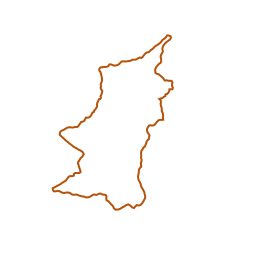 the district of Berilo, Minas Gerais, Brazil, rotated 222°
{"feature_id": "56859067B66859765572225", "entity_name": "Berilo", "entity_type": "district", "adm_level": 2, "iso_a3": "BRA", "parent_name": "Brazil", "parent_adm1": "Minas Gerais", "projection": "albers", "projection_center": [-42.489, -16.882], "detail": "fine", "context": "isolated", "style": "outline", "palette": "amber", "viewbox_px": 256, "rotation_deg": 222, "n_neighbors": 0, "source": "geoboundaries", "source_scale": "gbopen_adm2", "svg_char_len": 3940}
<svg xmlns="http://www.w3.org/2000/svg" viewBox="0 0 256 256"><g transform="rotate(222 128 128)"><path d="M143.7,32.9L142.4,31.8L140.8,31.3L139.3,32.6L138.2,34.2L136.4,35.3L134.7,35.6L133.2,36.1L131.9,37.1L131.1,38.1L130.3,39.2L128.6,40.5L127.1,41.0L125.3,41.1L123.5,42.1L122.4,43.5L121.0,44.5L119.4,44.9L117.9,45.7L116.3,46.5L114.8,47.6L112.6,48.4L110.9,50.3L110.0,52.2L109.6,53.7L109.3,55.1L108.4,56.2L107.0,56.8L105.9,58.7L105.1,60.5L103.9,61.2L102.5,61.3L101.3,62.4L99.7,63.3L98.1,62.7L97.0,61.1L96.0,60.1L94.6,60.1L93.4,60.5L91.8,60.3L89.7,60.0L87.7,60.0L86.4,59.7L84.8,58.9L82.5,59.1L80.8,60.8L79.9,62.3L79.5,63.8L79.0,65.4L78.3,67.2L77.8,69.3L76.7,71.4L74.8,71.9L73.4,71.8L71.6,71.8L70.0,72.6L70.1,74.6L70.0,76.5L68.5,77.3L67.5,78.4L67.1,80.1L67.2,82.4L67.5,83.8L67.9,85.5L68.4,87.3L69.6,88.9L71.5,90.1L73.0,91.3L74.6,91.8L75.9,92.4L77.3,92.7L78.9,93.3L80.2,94.1L81.4,95.0L82.9,95.6L84.9,96.3L86.6,97.3L88.2,98.8L89.4,100.8L90.3,102.2L91.2,103.3L92.2,104.8L92.4,106.7L92.3,108.2L93.6,109.3L95.1,110.7L95.7,112.4L97.2,113.9L98.7,114.9L99.8,116.6L101.2,117.6L102.0,118.7L102.8,120.2L102.9,121.9L103.5,123.8L103.0,125.7L103.8,127.4L104.3,128.8L105.1,130.5L105.4,132.1L105.1,133.7L106.2,135.3L107.1,136.9L108.6,137.4L110.5,137.8L112.2,138.8L113.4,140.4L113.7,142.1L114.0,143.6L113.3,145.0L111.7,145.9L110.6,147.4L110.4,149.7L110.6,152.3L110.5,154.2L109.8,155.3L108.7,156.3L107.4,157.7L108.9,159.0L109.9,160.3L111.2,161.7L112.6,162.5L114.1,163.0L115.1,164.2L116.6,165.5L118.3,166.6L119.7,167.5L120.8,169.2L122.3,170.5L124.2,170.5L123.6,171.7L122.5,173.2L122.3,175.0L121.6,176.7L122.6,178.2L121.6,179.7L121.7,181.4L122.1,183.1L123.1,184.5L121.9,185.5L120.9,186.5L121.6,187.9L123.3,188.7L124.4,189.7L125.4,191.6L127.0,192.2L128.5,191.2L129.7,190.0L131.1,189.4L132.3,187.9L133.9,188.2L135.4,188.6L137.4,188.6L139.3,188.5L141.1,188.5L142.8,187.6L144.4,187.3L145.6,188.4L146.8,189.4L147.4,190.9L147.8,192.2L147.8,193.9L148.0,195.5L147.7,196.9L147.4,198.5L148.0,199.8L149.0,200.9L150.1,201.9L151.2,202.5L152.1,203.9L152.6,205.1L152.8,206.6L153.2,208.0L154.1,208.9L155.3,209.6L156.2,211.0L156.9,213.0L157.1,215.5L156.9,217.7L156.5,219.5L156.1,221.2L156.1,222.6L156.6,223.9L157.8,224.7L159.6,224.0L160.9,223.0L160.5,220.4L160.7,219.0L161.1,217.4L161.3,215.9L161.0,214.2L161.1,212.1L161.6,210.1L162.1,208.2L162.5,206.9L162.6,205.4L162.6,203.4L163.1,201.5L163.2,199.2L163.6,197.7L164.8,196.4L165.0,194.4L164.9,192.7L164.7,190.7L164.9,188.9L166.3,188.4L167.1,186.9L167.6,184.7L168.8,183.2L170.2,182.0L170.8,180.4L171.7,178.8L172.7,177.8L173.7,176.5L174.8,175.3L176.0,174.5L176.9,173.7L177.4,171.9L177.3,170.2L177.7,168.2L178.4,166.9L179.5,165.7L180.7,164.7L183.0,164.0L184.4,162.8L184.0,160.9L184.9,159.0L186.2,157.7L187.3,156.5L188.9,154.8L188.9,152.7L187.7,151.5L185.7,151.1L184.2,150.1L182.8,149.1L181.7,148.3L180.4,147.3L179.2,146.1L178.3,144.2L177.5,142.2L176.1,141.0L175.3,139.6L173.7,138.7L172.2,138.6L171.2,137.2L170.2,135.3L169.6,133.2L168.4,132.4L168.0,131.1L168.8,129.8L168.2,128.1L167.7,126.2L166.7,124.7L165.7,123.7L165.0,122.1L164.8,120.4L164.7,118.2L164.1,116.9L164.8,115.7L164.2,114.0L163.8,112.3L163.9,110.1L164.7,108.9L166.2,107.5L165.8,106.0L165.3,104.2L165.9,102.3L166.9,101.1L166.6,99.4L166.5,97.8L166.1,96.3L166.5,94.5L167.7,93.7L168.5,92.7L169.2,91.5L170.3,90.6L171.7,89.7L173.1,88.1L173.9,86.0L174.5,83.7L175.4,81.9L175.8,80.0L174.9,78.0L173.8,77.2L172.5,77.2L170.9,77.2L169.6,77.2L167.7,77.2L165.6,77.1L163.7,77.3L161.3,77.3L158.5,77.6L156.5,77.6L154.9,77.9L153.3,78.3L151.7,78.6L150.1,78.9L148.5,79.4L147.0,79.7L145.1,79.7L143.4,78.9L142.8,76.7L143.0,74.7L143.0,73.4L142.7,72.0L142.4,70.7L142.3,69.3L141.3,68.1L139.5,67.1L137.4,65.8L135.4,64.7L133.8,63.6L134.0,62.2L135.2,60.8L136.4,59.9L137.3,59.0L137.4,57.6L136.4,56.3L137.3,54.9L138.7,53.6L139.4,52.6L139.4,51.2L139.2,49.4L139.0,47.7L139.3,46.0L140.1,43.7L140.5,41.8L141.0,39.9L141.9,37.7L142.7,35.1L143.7,32.9Z" fill="none" stroke="#b45309" stroke-width="2"/></g></svg>